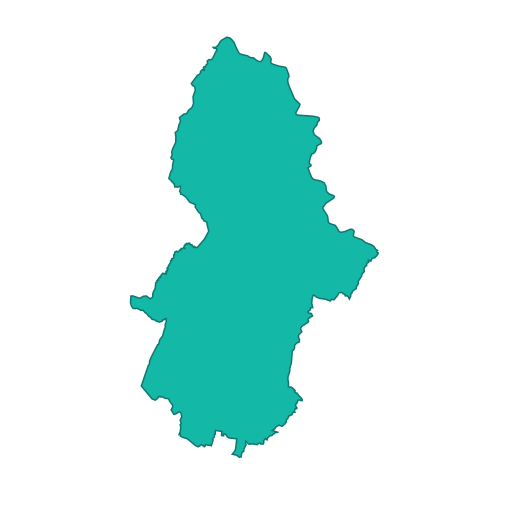 Ia Grai, Gia Lai, Vietnam (Albers equal-area conic projection), rotated 108°
{"feature_id": "81297802B6416238429405", "entity_name": "Ia Grai", "entity_type": "district", "adm_level": 2, "iso_a3": "VNM", "parent_name": "Vietnam", "parent_adm1": "Gia Lai", "projection": "albers", "projection_center": [107.729, 13.99], "detail": "fine", "context": "isolated", "style": "filled", "palette": "teal", "viewbox_px": 512, "rotation_deg": 108, "n_neighbors": 0, "source": "geoboundaries", "source_scale": "gbopen_adm2", "svg_char_len": 6115}
<svg xmlns="http://www.w3.org/2000/svg" viewBox="0 0 512 512"><g transform="rotate(108 256 256)"><path d="M213.1,142.2L212.7,144.0L210.5,146.8L209.7,149.5L209.4,156.0L207.8,160.2L207.5,168.8L206.2,169.8L202.2,170.3L201.4,171.2L201.0,172.5L201.3,174.4L205.5,179.3L207.4,183.0L206.8,184.8L202.4,189.9L202.3,196.3L201.2,197.8L195.8,200.3L190.6,206.7L189.0,207.4L184.1,205.7L176.9,200.0L175.2,199.8L174.6,200.9L174.3,205.9L172.8,208.8L167.6,211.4L165.2,213.9L164.7,218.7L165.4,223.5L165.0,226.0L163.5,227.9L156.3,233.7L155.6,233.8L153.9,231.9L152.9,231.6L152.2,232.0L151.5,233.8L150.5,234.4L144.0,234.8L143.1,234.3L141.9,234.8L140.7,233.0L138.4,231.9L135.2,231.6L132.3,232.2L129.1,228.9L128.3,228.6L127.2,229.0L124.7,231.7L122.7,237.9L119.7,240.3L116.2,240.2L112.8,238.6L109.6,238.8L107.5,237.7L106.0,238.1L105.0,239.0L104.9,239.8L105.5,245.3L109.2,260.2L108.5,262.0L107.5,262.4L100.0,261.0L98.1,261.1L94.6,268.0L84.7,276.6L81.4,279.1L78.6,280.3L76.9,280.5L75.3,280.1L73.6,280.8L68.0,285.2L67.4,286.5L68.3,292.6L68.4,298.9L68.1,301.0L66.8,302.1L64.2,302.3L62.2,304.0L59.6,309.7L59.7,310.6L65.3,310.3L68.7,310.9L70.0,312.4L70.1,313.8L69.7,316.1L68.3,319.6L69.0,322.8L68.2,325.9L68.8,332.5L68.5,334.5L65.0,338.3L59.8,342.8L58.3,344.9L56.7,348.1L56.9,351.3L61.3,355.3L62.8,356.2L66.5,356.9L69.0,358.0L70.0,358.8L70.8,361.2L71.3,360.5L71.1,357.8L71.5,356.9L82.0,358.4L83.5,359.9L83.8,361.6L85.6,362.6L88.3,361.5L89.3,362.3L91.7,362.7L91.8,363.7L92.9,364.3L94.8,362.5L95.3,362.5L95.1,364.6L97.7,365.8L99.5,365.4L101.1,366.3L102.0,367.5L111.9,370.8L113.4,369.2L113.9,366.6L117.1,365.0L124.0,365.1L130.4,362.5L134.6,362.8L138.2,365.2L141.1,365.7L142.7,366.9L143.2,368.4L148.1,371.6L151.3,369.4L155.1,369.8L160.3,369.3L161.9,369.8L163.5,371.0L166.9,369.2L172.5,367.5L180.3,368.4L183.0,368.3L186.2,366.9L188.7,367.4L189.9,366.0L189.8,364.2L190.2,363.9L194.7,363.5L199.5,362.3L201.1,362.9L204.6,363.1L209.3,362.8L210.1,360.6L211.4,359.2L211.3,358.0L212.6,356.9L212.6,356.1L215.5,354.6L214.7,353.1L214.9,351.8L213.2,350.0L213.1,349.4L215.0,348.7L218.2,348.6L219.0,347.4L220.5,346.7L220.3,345.1L221.4,341.3L225.3,335.6L225.9,329.4L228.2,329.0L232.0,324.2L233.0,321.8L236.8,319.2L237.4,317.6L238.7,316.4L238.9,313.2L241.3,312.2L247.0,308.6L256.0,310.3L266.3,314.6L266.2,316.4L266.8,316.8L266.5,317.5L266.8,317.9L266.0,318.0L266.4,318.8L265.1,320.5L265.5,321.0L265.1,322.7L264.3,323.0L264.6,324.1L265.5,324.6L265.5,326.0L266.2,325.9L266.8,326.9L267.3,326.6L268.2,327.4L269.7,327.3L270.7,326.2L270.6,327.6L271.7,328.2L272.0,329.5L273.4,329.2L273.4,330.0L276.4,331.6L276.0,333.2L277.4,334.4L278.9,334.1L280.1,334.5L280.4,334.1L280.8,334.4L283.3,333.7L284.7,335.3L285.8,334.7L286.9,335.8L287.6,335.3L289.2,335.4L292.4,336.3L293.9,336.2L295.0,336.9L295.5,335.7L296.9,336.2L297.4,335.7L297.9,336.4L298.9,336.8L298.8,336.1L299.8,336.3L300.5,335.6L301.0,336.1L301.2,339.3L301.9,339.4L302.7,340.2L304.2,340.2L305.2,340.9L305.8,340.2L306.4,341.4L308.0,341.8L308.8,341.3L309.1,342.2L309.8,342.1L310.4,342.7L311.0,342.2L312.4,343.1L318.3,341.8L321.3,342.5L323.8,342.5L327.1,341.6L329.4,343.4L327.9,348.0L329.1,350.7L332.2,353.4L332.0,360.6L332.7,362.6L333.2,362.5L339.0,361.0L341.6,359.4L343.8,356.8L343.4,354.6L342.5,353.2L343.2,349.2L342.5,346.7L344.1,344.1L344.7,341.9L346.5,339.4L346.9,337.4L348.3,335.4L348.1,332.0L348.8,330.6L348.6,327.2L346.9,325.0L345.6,324.8L344.7,323.3L344.1,323.4L343.3,322.3L343.7,321.9L345.9,321.1L349.4,321.2L351.9,320.2L353.9,320.5L360.8,320.1L365.1,321.6L370.0,321.3L370.7,322.1L383.7,324.3L389.0,324.7L391.5,324.0L393.6,324.6L415.1,324.9L424.0,310.7L424.3,307.4L421.7,305.4L420.3,305.7L419.1,304.1L419.7,303.7L418.8,301.1L419.5,298.4L418.9,295.9L419.0,294.7L420.5,293.6L423.6,289.3L425.3,288.6L428.5,289.2L432.0,285.2L430.9,283.4L427.9,281.0L428.3,279.0L431.8,276.9L435.7,277.4L438.1,275.4L440.1,276.0L441.4,274.8L446.4,273.8L449.5,274.0L448.9,272.9L450.7,272.3L451.1,269.6L451.1,264.7L455.0,254.9L455.3,252.1L454.9,252.1L454.2,250.8L453.0,250.4L452.3,249.4L453.4,246.1L452.8,245.7L451.1,245.8L450.5,241.6L450.0,241.0L450.3,239.9L445.2,239.8L444.0,240.1L443.3,240.8L440.9,239.7L438.3,240.4L438.0,239.7L434.5,240.8L433.4,234.3L437.4,233.3L437.0,231.3L435.2,231.6L434.9,230.0L436.9,227.2L437.4,225.5L435.8,217.8L446.1,215.7L448.3,216.0L451.9,217.3L451.4,212.9L452.6,209.7L451.6,208.0L448.0,208.7L447.0,208.4L445.8,207.4L442.9,207.8L438.6,207.1L437.2,208.2L435.2,208.6L437.1,205.1L436.7,203.1L436.0,202.4L435.0,196.4L433.6,195.8L432.7,194.8L432.6,193.9L433.4,193.6L432.6,191.0L431.0,190.9L429.7,191.7L426.6,190.6L427.5,188.7L425.6,188.8L422.9,187.3L421.3,185.0L420.0,184.7L419.4,183.7L417.5,182.9L417.6,181.7L416.9,181.0L416.9,186.6L414.3,184.6L412.1,184.1L409.8,181.9L409.9,178.5L408.3,177.5L404.4,175.8L402.6,176.7L401.2,175.6L398.2,175.4L395.7,172.7L393.4,172.6L392.6,170.7L391.8,171.5L389.4,171.5L388.8,171.3L388.6,170.1L387.9,170.0L386.8,171.5L385.4,172.4L384.2,172.2L383.3,171.5L380.1,171.5L379.3,169.4L379.7,168.4L379.2,167.3L378.2,167.7L376.8,169.5L375.5,172.3L373.7,174.6L373.9,176.2L372.9,177.5L372.4,177.8L372.0,177.2L371.4,177.9L369.7,181.8L370.4,183.3L370.2,184.8L366.5,185.9L363.8,187.4L361.2,188.2L355.5,188.3L351.9,189.2L346.8,189.3L334.9,192.2L333.8,191.2L332.2,190.9L328.8,191.6L326.1,190.3L324.5,188.3L321.8,188.9L320.4,190.4L318.9,190.9L317.4,190.9L313.9,189.0L311.7,191.0L310.6,191.1L309.0,190.9L303.0,186.0L301.7,185.9L300.2,187.1L299.6,187.0L295.6,183.7L293.6,185.5L293.9,188.3L292.9,189.4L290.3,187.6L288.4,188.3L287.6,186.1L283.8,188.4L279.4,189.4L276.0,189.6L275.4,188.9L276.5,185.1L276.7,182.4L275.6,176.6L275.9,171.5L273.9,170.7L273.5,168.3L268.9,166.4L265.6,165.9L264.4,163.9L264.2,162.5L265.0,161.6L264.9,160.0L266.4,158.7L265.7,157.4L266.1,155.9L268.1,153.9L264.9,153.5L263.0,154.1L261.1,153.2L259.3,153.3L256.1,150.6L254.4,151.0L250.6,150.1L248.5,150.9L242.4,149.3L240.6,149.7L237.3,148.1L235.1,149.3L234.1,149.3L232.1,148.8L230.9,147.8L228.7,148.4L227.2,146.9L225.4,148.0L225.1,147.6L225.6,146.0L225.4,145.2L222.4,144.8L220.8,142.3L219.8,142.3L219.1,141.5L215.8,140.4L215.3,140.8L215.0,142.3L213.9,142.6L213.1,142.2Z" fill="#14b8a6" stroke="#0f766e" stroke-width="1.5"/></g></svg>